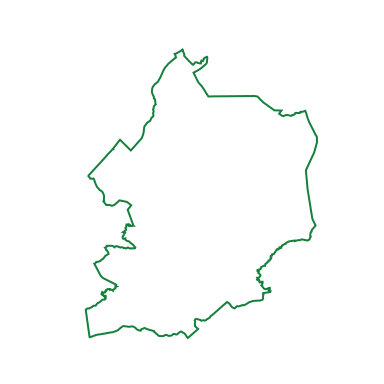 Tampamolón Corona, San Luis Potosí, Mexico (Robinson projection), rotated 76°
{"feature_id": "50627088B27548444150283", "entity_name": "Tampamolón Corona", "entity_type": "district", "adm_level": 2, "iso_a3": "MEX", "parent_name": "Mexico", "parent_adm1": "San Luis Potosí", "projection": "robinson", "projection_center": [-98.758, 21.551], "detail": "fine", "context": "isolated", "style": "outline", "palette": "green", "viewbox_px": 384, "rotation_deg": 76, "n_neighbors": 0, "source": "geoboundaries", "source_scale": "gbopen_adm2", "svg_char_len": 6039}
<svg xmlns="http://www.w3.org/2000/svg" viewBox="0 0 384 384"><g transform="rotate(76 192 192)"><path d="M179.6,280.2L183.9,278.3L184.6,275.1L186.0,273.1L185.8,270.5L182.6,264.3L185.9,257.5L190.2,254.2L193.7,258.7L210.2,257.0L210.6,256.8L210.4,257.5L210.5,258.8L210.1,260.0L209.5,259.7L209.0,260.2L209.3,261.2L208.6,261.0L207.9,261.2L207.9,261.8L208.4,262.1L208.5,262.6L208.1,262.8L207.7,263.4L208.8,264.0L210.6,264.4L210.9,265.3L212.9,265.2L214.3,268.6L215.2,266.8L215.9,267.4L216.0,267.9L216.7,268.1L217.2,268.5L218.1,269.9L219.9,270.4L220.6,270.2L220.9,269.7L220.9,267.9L221.8,268.1L222.6,268.0L223.9,266.7L224.8,264.9L226.1,264.3L229.1,261.8L231.3,261.0L232.0,260.4L232.8,261.0L232.1,264.3L231.8,265.0L231.9,265.9L230.3,267.6L230.6,268.4L230.8,269.9L230.4,270.2L229.8,271.3L230.0,271.8L229.1,272.6L228.4,274.0L228.6,274.6L227.6,276.4L227.2,276.5L226.8,277.7L226.2,278.5L226.4,280.1L226.9,280.5L224.9,282.3L223.7,287.3L224.1,287.2L225.0,289.9L225.7,289.4L227.4,289.4L227.9,288.7L230.7,287.9L232.0,288.0L232.9,291.4L235.4,294.5L235.8,296.1L236.6,297.3L237.1,299.8L237.3,299.7L236.8,300.4L236.7,300.9L237.0,301.4L236.9,302.1L238.0,303.3L238.0,304.1L249.8,301.2L252.4,300.3L253.3,299.7L254.7,298.3L263.5,288.1L264.1,288.9L264.6,289.0L265.5,287.9L265.6,288.9L265.7,289.2L266.9,289.6L266.8,290.2L267.5,291.3L267.9,291.6L268.5,291.4L268.0,291.8L268.1,292.1L268.7,292.5L267.6,293.2L267.3,293.8L267.2,294.5L266.3,295.0L266.2,295.3L266.3,295.6L266.6,295.7L266.0,296.1L266.1,296.7L265.8,297.5L266.3,298.5L266.2,299.0L266.7,299.3L267.2,299.1L267.6,299.9L267.4,300.3L267.6,300.7L268.4,300.7L268.4,301.4L268.2,302.6L267.3,303.3L268.4,304.2L269.0,304.1L269.5,304.5L269.6,304.4L269.6,304.0L270.2,303.9L270.3,303.5L270.1,303.1L271.1,303.1L271.4,302.4L271.8,302.6L272.5,301.8L272.4,301.2L272.0,301.0L272.2,300.8L272.8,301.5L273.0,302.0L273.3,302.1L273.8,302.0L273.8,301.6L273.6,301.3L274.6,301.5L275.2,302.7L275.3,303.2L274.8,304.5L275.1,305.7L275.7,306.5L276.8,309.1L276.9,310.3L277.4,310.8L277.7,311.6L278.3,312.2L278.9,313.0L278.6,315.1L278.9,316.0L279.3,316.6L279.7,318.1L279.7,318.9L280.1,320.2L279.8,321.1L279.8,322.1L280.5,323.6L307.9,326.5L308.3,326.2L307.5,319.3L308.3,310.2L308.5,305.8L308.9,302.7L308.3,297.6L307.0,295.1L305.8,292.5L305.5,290.8L307.6,285.7L307.9,282.4L308.5,281.4L310.2,279.7L312.0,278.8L313.3,276.9L313.7,276.6L314.1,275.7L314.1,275.3L312.9,274.4L312.5,270.8L314.1,268.9L317.8,262.5L318.2,262.7L323.6,259.0L324.6,256.1L324.8,253.9L324.3,253.0L324.4,251.5L326.1,249.2L326.3,246.5L325.2,244.3L325.3,244.1L325.5,243.4L326.2,242.2L326.6,241.2L324.7,237.1L324.9,235.9L326.1,235.0L327.0,233.9L328.3,233.0L331.4,232.0L332.6,231.3L326.4,219.2L323.0,221.5L320.4,221.1L318.4,220.2L317.3,220.5L316.5,219.8L316.1,218.7L318.1,214.9L318.5,214.7L319.2,214.0L319.1,212.3L319.7,211.1L319.9,209.5L319.4,209.1L318.1,205.0L317.0,204.2L316.3,202.2L307.2,184.6L309.7,182.5L312.9,181.3L313.6,180.8L315.2,178.9L313.7,175.8L314.1,175.0L314.3,173.9L314.2,172.1L313.9,171.3L314.2,170.4L314.0,169.9L314.5,168.5L312.7,162.9L312.8,161.9L312.5,159.9L312.7,157.8L313.8,152.1L313.5,149.5L312.2,148.8L309.2,147.9L308.9,147.5L307.8,147.8L307.3,147.3L308.0,140.5L307.3,139.8L306.5,141.2L305.9,141.5L305.1,141.3L305.1,140.0L303.8,139.7L303.7,141.1L304.1,141.9L304.1,144.0L303.9,144.5L303.3,145.4L300.0,147.0L299.6,146.4L299.0,146.4L298.9,146.8L297.5,145.5L296.2,145.2L295.9,146.2L296.3,147.5L296.2,148.1L295.1,148.5L294.3,148.0L292.8,148.6L293.1,149.5L293.0,150.0L292.6,150.1L291.9,149.0L291.1,149.3L291.3,148.6L291.5,148.2L289.9,145.9L288.9,145.7L286.5,147.2L285.5,146.4L284.9,146.3L284.7,147.6L283.6,147.4L283.4,145.7L283.5,144.3L283.0,143.8L281.6,143.2L280.8,139.6L281.3,139.0L279.5,138.1L279.1,136.7L278.2,135.8L278.0,134.7L277.0,134.3L277.2,133.2L276.0,131.8L275.3,131.2L275.1,131.8L273.6,131.3L273.0,130.9L273.0,129.7L271.9,129.4L271.9,127.4L268.2,123.6L268.0,122.6L268.6,122.5L268.4,121.8L267.8,121.0L267.3,120.7L267.9,120.4L267.8,119.0L267.1,118.6L266.7,118.8L266.4,118.0L266.2,117.7L265.8,117.7L265.4,117.0L265.2,115.4L264.8,114.6L265.0,113.6L264.1,112.9L263.4,110.0L263.9,104.1L264.5,104.1L264.4,100.6L264.9,98.8L264.5,97.2L265.4,94.8L265.8,94.3L267.1,91.5L266.8,91.2L266.5,89.4L265.2,88.8L264.3,87.7L263.7,87.9L263.5,87.6L262.1,87.7L259.7,86.4L259.4,85.5L258.0,85.1L254.4,80.2L247.1,81.7L217.6,79.2L198.8,76.3L198.3,76.1L183.2,63.9L174.0,58.7L173.1,58.4L168.4,57.5L167.0,58.1L152.1,61.5L146.4,62.1L143.1,62.1L140.6,62.5L140.9,64.4L140.8,65.8L140.8,66.6L140.4,67.2L140.5,67.5L141.2,67.5L141.4,68.2L140.9,70.5L140.3,72.2L140.5,72.9L141.2,73.3L141.5,73.8L141.7,74.8L141.6,76.3L142.1,76.8L142.0,77.8L141.4,78.6L140.0,81.8L140.5,84.9L139.8,86.2L137.1,88.5L134.6,85.5L132.7,92.3L122.6,100.9L118.5,103.5L116.2,104.7L115.2,105.4L114.0,108.1L104.5,147.6L103.3,153.0L93.6,156.2L91.3,157.1L87.5,159.2L84.7,159.9L76.6,161.6L75.3,156.6L74.5,154.3L73.5,151.9L71.1,147.2L69.9,146.2L65.3,144.6L64.6,144.7L64.3,145.0L65.2,148.0L65.5,147.9L67.5,149.7L66.7,151.0L67.5,151.6L68.8,151.9L69.4,152.2L68.4,154.9L67.5,155.7L67.0,157.3L67.7,158.6L68.6,159.6L68.8,160.2L68.0,160.9L64.1,163.3L57.9,166.7L56.6,166.1L53.3,166.7L51.9,166.5L51.4,166.8L52.1,168.0L53.4,172.2L53.8,174.3L53.8,175.4L55.6,175.0L56.9,175.2L57.6,175.0L59.4,179.1L62.1,184.4L63.4,185.9L64.1,187.3L66.4,189.7L73.5,195.3L75.2,197.0L76.3,197.9L77.0,198.7L78.3,201.7L78.8,202.5L80.1,204.1L81.8,205.5L85.4,206.8L89.0,206.4L90.1,205.9L92.0,206.4L93.1,205.5L96.1,205.8L97.3,206.2L98.2,206.0L99.2,207.8L100.3,208.6L101.2,208.8L102.6,209.9L104.4,209.6L106.1,210.7L107.8,210.8L109.2,211.3L110.2,213.3L112.8,215.4L113.8,218.5L116.7,222.1L117.8,222.8L122.5,224.5L125.3,226.1L127.8,228.0L136.9,241.3L123.9,249.2L124.6,250.2L130.6,257.8L131.5,257.9L131.4,258.5L131.1,258.5L132.7,260.7L134.7,264.1L137.1,267.4L150.9,288.3L151.5,288.7L153.7,287.6L154.5,287.4L154.5,286.8L155.2,285.1L155.2,284.2L156.8,283.9L160.8,283.6L164.2,282.9L166.8,281.5L167.6,281.3L168.5,280.2L169.3,279.6L170.4,278.9L171.5,278.6L173.5,278.3L175.2,278.4L178.2,279.4L179.3,279.4L179.6,280.2Z" fill="none" stroke="#15803d" stroke-width="2"/></g></svg>